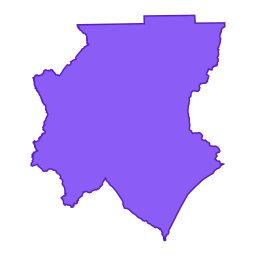 Sissala East, Upper West, Ghana (Albers equal-area conic projection)
{"feature_id": "2480657B88326891244380", "entity_name": "Sissala East", "entity_type": "district", "adm_level": 2, "iso_a3": "GHA", "parent_name": "Ghana", "parent_adm1": "Upper West", "projection": "albers", "projection_center": [-1.879, 10.607], "detail": "fine", "context": "isolated", "style": "filled", "palette": "violet", "viewbox_px": 256, "rotation_deg": 0, "n_neighbors": 0, "source": "geoboundaries", "source_scale": "gbopen_adm2", "svg_char_len": 5653}
<svg xmlns="http://www.w3.org/2000/svg" viewBox="0 0 256 256"><path d="M164.9,240.6L165.7,240.0L165.7,239.7L165.5,238.6L165.1,238.4L165.3,238.0L165.3,237.5L164.9,237.3L165.0,237.1L165.9,236.7L166.5,235.3L167.2,234.5L167.8,234.4L169.0,231.8L168.5,230.6L168.9,229.8L169.9,228.3L179.5,209.3L187.0,195.6L188.7,193.4L195.2,186.7L202.1,180.3L205.2,178.0L213.1,173.1L214.6,170.6L217.6,168.4L218.2,168.4L219.8,167.5L220.2,166.1L223.5,164.1L222.6,163.8L220.3,163.8L220.0,163.5L219.9,161.8L219.5,161.2L219.0,161.0L217.4,161.2L216.1,159.8L215.1,159.2L215.1,158.7L217.0,156.1L216.1,154.1L216.1,153.4L219.3,152.1L219.8,151.4L219.3,149.3L217.6,147.1L216.5,146.8L215.7,146.1L213.6,146.4L210.2,145.8L209.5,145.3L209.7,144.0L209.2,142.8L206.9,141.8L205.3,140.1L203.8,140.3L201.9,139.6L201.6,138.2L202.5,135.8L202.0,134.9L199.8,132.8L198.9,132.6L197.5,133.0L194.1,133.0L192.8,133.4L192.2,132.9L191.4,131.0L190.2,130.6L189.7,130.2L189.4,129.2L189.8,124.6L189.3,122.1L189.3,118.2L188.4,115.6L188.4,113.8L187.8,112.2L188.3,105.8L188.9,104.5L189.1,103.1L188.9,102.4L189.3,101.6L189.5,99.8L189.1,97.7L190.7,96.7L191.0,95.5L190.8,94.4L191.9,91.8L193.4,90.7L196.0,91.0L197.1,91.4L198.1,91.3L198.4,90.5L199.1,90.2L199.4,88.8L199.9,87.9L199.2,86.7L199.5,85.3L200.5,83.8L204.0,83.1L205.2,83.3L206.6,82.5L206.7,81.5L207.5,81.3L207.4,80.5L208.7,76.3L208.6,75.8L206.4,74.2L207.0,72.5L208.1,70.7L207.9,70.2L208.6,69.3L208.6,69.0L210.1,69.7L212.0,69.8L212.3,68.8L212.2,67.6L213.5,66.9L213.4,66.4L215.1,66.2L215.9,65.8L215.9,65.1L216.2,64.9L216.7,64.9L216.9,65.3L217.1,65.0L217.5,61.7L218.4,60.8L218.0,59.8L218.1,58.7L217.3,58.1L217.1,57.3L217.9,56.5L218.7,54.8L218.5,54.2L218.3,50.6L218.8,49.7L217.7,48.8L218.0,47.6L218.8,47.1L218.7,46.4L219.9,43.4L220.3,41.9L220.1,40.7L220.7,38.7L219.8,37.3L220.0,35.9L219.8,35.1L220.5,33.9L220.8,32.2L221.4,31.8L221.3,30.4L222.2,28.2L223.1,27.8L223.4,27.3L224.4,27.0L224.8,26.3L224.7,22.9L195.2,23.2L194.7,15.4L144.1,16.0L144.3,23.7L77.3,24.8L77.3,25.7L77.9,26.3L78.0,27.1L78.5,27.1L78.2,27.7L79.1,28.1L78.9,28.6L79.5,29.2L79.6,29.6L81.6,31.0L82.7,32.7L84.1,33.5L84.8,33.5L86.0,34.7L86.7,36.2L86.7,38.0L87.2,38.7L86.8,39.1L87.1,39.9L86.7,40.2L87.2,41.3L86.8,42.3L87.3,43.0L87.1,43.5L88.6,44.0L88.5,44.9L87.2,45.2L85.3,46.7L84.3,47.0L83.8,48.2L81.9,49.2L81.5,50.2L76.6,56.0L75.8,57.5L76.0,59.3L73.7,60.0L70.7,61.8L71.1,62.3L71.1,63.1L70.5,64.2L69.5,65.0L68.3,65.2L67.4,64.8L63.8,69.2L61.6,73.0L59.4,75.7L57.0,74.8L55.8,74.8L54.9,73.2L52.7,70.9L52.7,70.2L52.3,69.9L50.8,69.7L50.2,70.5L49.5,70.7L48.8,70.4L48.1,70.8L45.5,69.8L44.4,70.4L43.9,71.2L43.5,73.0L43.2,73.5L42.6,73.6L41.8,74.8L41.5,74.7L40.5,75.4L39.8,75.3L39.3,75.8L38.6,75.8L37.1,74.9L36.7,75.2L36.1,75.1L35.4,75.4L35.6,75.6L35.3,75.6L34.9,76.7L33.0,77.9L33.8,79.2L34.1,78.8L34.3,79.3L33.8,80.0L34.1,80.6L33.9,80.8L34.2,81.3L34.4,81.0L34.3,81.6L34.6,81.8L34.2,82.7L34.5,83.0L34.6,83.6L34.2,84.2L34.5,85.3L34.8,85.5L35.0,86.2L35.4,86.3L35.3,86.7L35.8,87.2L35.7,87.7L36.3,88.4L35.7,88.4L36.5,89.1L36.3,89.3L36.7,90.6L37.6,90.9L37.6,91.5L37.9,91.5L38.1,92.2L38.8,92.6L39.5,95.1L40.4,95.6L40.5,96.8L41.2,97.4L41.1,98.6L42.0,99.8L41.8,100.6L42.5,100.6L42.6,102.5L43.0,102.4L43.3,102.9L44.1,104.7L44.9,104.5L45.4,105.4L46.0,107.3L45.6,108.8L45.7,109.5L45.9,110.3L46.5,110.6L46.8,111.4L46.4,112.3L47.7,113.5L47.8,114.0L47.3,116.5L47.0,116.5L45.9,118.8L45.8,120.2L44.9,120.9L44.0,122.6L44.7,124.7L44.1,124.7L43.8,125.0L43.4,126.3L43.6,126.4L42.9,127.6L43.4,128.7L43.4,129.2L43.0,129.5L43.2,129.9L45.3,131.5L45.4,132.2L44.8,133.0L44.0,133.1L43.8,133.7L42.3,133.5L42.0,134.8L42.1,135.1L41.7,135.2L41.8,135.5L41.5,135.6L41.1,136.4L40.4,136.8L40.4,137.5L40.0,137.2L39.8,137.8L39.3,137.7L38.9,138.0L38.9,138.5L39.5,139.1L38.3,140.7L35.9,141.8L34.5,141.0L34.3,142.2L33.6,141.8L33.2,142.2L33.2,142.8L34.1,143.6L34.1,144.2L35.0,145.0L34.7,145.6L34.7,146.3L35.3,146.6L34.9,147.2L35.8,148.4L35.9,149.0L36.8,149.8L36.9,150.1L36.6,150.3L37.1,150.7L36.4,150.8L36.6,151.2L34.9,152.1L34.2,153.0L33.7,152.5L33.5,153.1L32.2,154.3L32.1,154.9L33.1,155.1L32.9,155.7L33.3,155.8L32.8,156.8L32.4,156.9L32.7,157.1L32.3,157.6L33.1,158.3L33.2,159.3L32.3,160.8L32.7,162.1L31.3,163.3L31.2,165.5L32.5,166.0L36.0,164.7L37.5,164.5L38.2,166.0L41.9,169.1L42.8,170.6L43.4,171.1L45.0,171.2L47.2,170.9L47.6,170.7L48.0,169.7L48.8,169.1L50.8,168.9L52.0,169.0L53.4,170.2L55.9,170.5L56.4,172.4L58.0,173.8L59.3,174.3L60.3,175.7L60.7,176.7L60.1,178.3L61.5,179.1L62.2,179.9L62.8,181.3L62.2,183.9L64.3,187.1L64.9,189.4L65.0,192.4L66.2,193.7L66.0,193.9L65.3,193.3L64.9,193.6L65.4,195.7L63.6,195.9L61.3,197.7L61.4,198.3L62.3,199.1L63.4,200.9L63.6,202.5L63.4,203.5L65.0,205.2L65.8,204.1L67.3,205.0L70.5,205.3L70.8,205.7L70.9,206.9L71.2,207.1L72.9,207.1L73.2,205.6L73.8,205.9L74.0,205.6L73.9,203.9L74.7,203.2L75.1,203.7L76.1,203.7L77.2,202.9L77.5,202.2L76.9,201.8L76.9,201.1L78.4,200.4L78.2,199.4L78.5,198.6L80.7,196.8L81.9,196.1L83.3,192.0L84.7,192.0L86.2,191.4L89.2,192.7L91.2,192.1L92.1,190.9L93.0,190.4L95.7,189.7L96.6,189.8L99.2,188.5L100.1,186.9L102.0,185.2L102.5,184.2L102.4,183.1L103.3,181.4L105.0,179.1L105.0,178.3L105.6,178.1L106.1,179.8L106.8,181.0L108.4,182.4L109.6,184.5L112.9,187.3L116.7,191.8L123.0,201.6L123.0,204.7L123.6,205.6L124.3,208.0L125.6,208.4L127.2,208.5L129.1,209.5L133.0,213.3L135.1,214.4L138.6,217.7L140.7,218.4L142.9,220.5L144.8,221.1L146.3,220.6L148.3,223.5L150.5,224.0L151.6,225.2L153.1,226.1L153.7,226.0L154.2,227.0L155.7,227.7L156.2,227.3L157.2,227.3L158.5,228.3L159.1,228.2L159.7,229.5L160.1,229.5L160.0,228.9L160.3,228.8L161.8,231.6L162.6,232.3L162.6,232.6L162.0,233.0L162.0,234.1L163.2,235.7L163.5,236.6L163.7,238.0L163.5,238.8L164.0,240.2L164.9,240.6Z" fill="#8b5cf6" stroke="#5b21b6" stroke-width="1.5"/></svg>